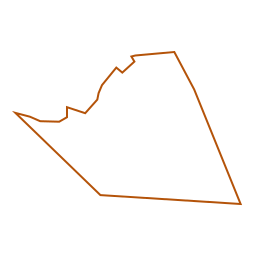 outline of Awerial, Lakes, South Sudan
{"feature_id": "79223893B81946287385268", "entity_name": "Awerial", "entity_type": "district", "adm_level": 2, "iso_a3": "SSD", "parent_name": "South Sudan", "parent_adm1": "Lakes", "projection": "natural_earth1", "projection_center": [31.08, 6.188], "detail": "fine", "context": "isolated", "style": "outline", "palette": "amber", "viewbox_px": 256, "rotation_deg": 0, "n_neighbors": 0, "source": "geoboundaries", "source_scale": "gbopen_adm2", "svg_char_len": 348}
<svg xmlns="http://www.w3.org/2000/svg" viewBox="0 0 256 256"><path d="M240.6,204.0L194.2,89.5L174.3,52.0L135.3,55.5L131.4,56.5L134.4,61.6L122.3,72.6L116.3,67.6L102.0,85.1L98.6,93.1L97.3,99.6L85.2,113.2L67.0,107.2L67.0,117.2L59.2,121.7L40.2,121.2L29.9,116.7L15.4,112.9L100.4,195.1L240.6,204.0Z" fill="none" stroke="#b45309" stroke-width="2"/></svg>